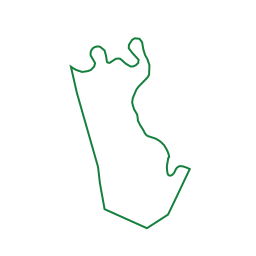 outline of Meade, Kentucky, United States of America, rotated 34°
{"feature_id": "52423323B30136231035834", "entity_name": "Meade", "entity_type": "district", "adm_level": 2, "iso_a3": "USA", "parent_name": "United States of America", "parent_adm1": "Kentucky", "projection": "albers", "projection_center": [-86.246, 37.999], "detail": "fine", "context": "isolated", "style": "outline", "palette": "green", "viewbox_px": 256, "rotation_deg": 34, "n_neighbors": 0, "source": "geoboundaries", "source_scale": "gbopen_adm2", "svg_char_len": 1258}
<svg xmlns="http://www.w3.org/2000/svg" viewBox="0 0 256 256"><g transform="rotate(34 128 128)"><path d="M55.9,78.7L55.2,79.5L54.3,81.4L54.2,84.5L55.0,86.8L56.5,88.7L64.4,92.6L65.6,95.9L64.8,100.5L63.0,103.2L58.6,107.2L52.4,108.9L49.7,109.1L46.4,109.1L65.9,127.4L124.9,177.0L135.6,189.5L154.0,208.4L199.7,200.5L206.6,184.4L209.6,177.4L207.6,163.5L202.9,132.5L202.2,127.5L199.0,128.0L195.3,129.0L192.5,130.4L191.6,131.5L190.8,133.6L190.7,135.0L191.3,139.4L191.0,141.7L190.5,142.9L189.8,143.8L188.5,144.4L187.6,144.3L186.5,143.8L184.8,142.1L182.3,139.0L181.3,137.3L179.2,132.6L178.1,130.2L178.4,129.3L178.0,128.7L176.5,127.2L174.1,125.4L171.5,123.9L167.6,122.1L164.4,121.4L161.4,121.1L157.1,121.3L148.8,123.6L147.3,123.6L145.1,123.0L141.3,120.9L136.4,118.8L132.0,116.3L130.4,114.2L128.0,111.7L122.6,109.1L119.1,106.3L117.3,104.6L117.1,104.4L115.2,100.4L113.5,91.6L113.6,87.9L115.9,75.2L115.7,72.1L110.7,64.0L105.5,60.0L101.4,58.0L97.3,54.7L96.5,54.0L91.7,49.0L87.7,47.6L83.5,49.8L83.0,50.8L82.1,52.8L82.3,58.6L84.1,61.5L89.9,63.4L98.6,65.5L100.1,68.3L99.4,71.6L97.8,74.1L95.7,75.6L90.2,75.9L83.0,75.0L81.6,75.5L79.2,77.4L76.4,84.2L74.6,85.1L73.6,85.0L69.2,80.2L65.1,76.8L59.4,76.3L57.1,77.4L55.9,78.7Z" fill="none" stroke="#15803d" stroke-width="2"/></g></svg>